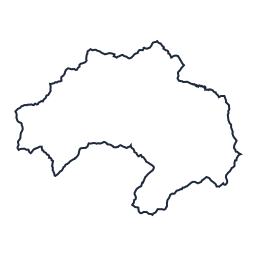 Ba Che, Quảng Ninh, Vietnam
{"feature_id": "81297802B18420716282175", "entity_name": "Ba Che", "entity_type": "district", "adm_level": 2, "iso_a3": "VNM", "parent_name": "Vietnam", "parent_adm1": "Quảng Ninh", "projection": "robinson", "projection_center": [107.168, 21.26], "detail": "fine", "context": "isolated", "style": "outline", "palette": "slate", "viewbox_px": 256, "rotation_deg": 0, "n_neighbors": 0, "source": "geoboundaries", "source_scale": "gbopen_adm2", "svg_char_len": 5757}
<svg xmlns="http://www.w3.org/2000/svg" viewBox="0 0 256 256"><path d="M178.1,56.2L177.8,56.3L177.2,55.8L176.2,55.6L174.6,55.7L172.9,56.4L171.5,57.6L171.2,57.6L171.2,57.3L169.8,54.4L169.2,53.7L168.3,53.5L168.2,51.4L167.0,50.5L165.8,50.2L165.3,49.8L163.5,48.8L163.4,48.6L163.9,47.4L163.7,46.9L162.7,46.4L160.6,43.5L159.5,43.3L158.7,42.9L157.1,41.1L156.0,42.0L154.2,42.2L152.9,42.7L151.9,44.3L151.5,45.5L149.7,47.8L148.7,48.0L147.1,48.7L145.6,48.4L144.1,47.7L143.6,47.9L143.5,48.9L142.8,50.2L139.4,50.0L137.9,51.9L137.7,53.0L135.8,53.5L134.3,54.4L132.7,56.4L130.8,58.0L129.0,58.4L128.5,58.2L126.3,56.6L124.1,56.1L122.7,54.9L121.6,55.1L118.8,56.4L117.9,56.7L116.7,57.6L115.7,57.0L113.7,56.3L114.6,54.4L114.5,54.2L113.6,54.2L112.1,53.5L109.4,53.1L105.0,54.3L103.6,53.6L102.8,53.4L101.9,52.8L101.3,52.6L99.8,51.4L97.0,50.6L96.3,50.0L95.7,49.8L93.9,49.9L92.6,50.3L90.5,49.2L88.9,50.5L87.8,51.1L87.6,51.4L87.4,52.4L87.4,53.7L87.0,54.1L86.6,55.4L86.2,59.2L86.6,60.4L86.3,61.1L85.2,62.2L84.5,62.6L81.8,63.5L80.8,63.7L80.5,63.9L79.4,65.0L79.6,66.6L78.7,67.2L77.8,68.0L77.0,69.7L75.5,69.9L74.7,69.2L74.0,68.9L71.8,69.3L69.0,68.5L67.9,68.4L65.7,70.2L65.5,71.2L64.9,72.1L64.8,73.6L64.3,74.1L63.5,75.5L61.4,77.0L61.2,78.3L61.5,80.5L61.4,80.9L60.5,81.3L58.3,81.5L56.9,82.5L55.8,82.2L55.3,82.3L54.0,83.2L50.8,84.0L50.1,83.9L50.7,86.6L50.4,89.6L50.7,90.8L48.4,94.8L47.9,95.2L46.5,95.5L45.7,97.9L43.7,99.6L42.9,101.4L41.6,101.0L39.6,102.2L39.0,102.4L38.4,103.0L37.9,104.1L37.5,104.4L36.8,104.4L35.1,103.6L34.5,104.1L33.8,105.1L32.8,105.0L31.4,104.4L29.8,104.7L28.2,104.6L27.1,105.2L25.2,105.0L24.1,105.2L23.3,105.7L21.4,106.3L20.2,107.8L17.9,108.9L15.4,111.4L15.4,111.7L16.1,112.7L16.5,113.8L16.7,116.0L16.3,117.6L16.9,118.8L17.4,120.7L18.1,121.5L19.3,122.4L20.7,122.6L21.7,123.8L21.7,125.1L22.4,126.6L22.7,128.6L22.7,129.4L22.2,130.3L22.1,130.9L21.5,131.8L20.7,133.6L20.3,138.4L18.0,141.6L18.0,142.4L18.6,144.8L18.5,145.4L17.5,147.4L17.6,148.2L18.7,149.9L20.5,148.9L24.6,148.7L26.4,149.8L28.3,149.6L28.6,149.8L28.9,151.2L29.4,152.1L30.7,153.2L31.4,152.5L33.3,149.9L34.6,148.8L35.5,148.8L36.4,148.1L37.7,147.9L38.5,147.3L39.7,146.7L41.7,146.7L41.9,148.5L42.3,150.3L43.3,150.5L43.8,151.7L44.0,151.9L45.9,152.8L47.1,154.7L48.0,154.9L48.7,155.3L49.3,156.5L49.0,157.7L50.7,158.0L51.6,159.4L51.6,160.2L51.7,160.5L52.4,160.6L53.0,160.9L52.7,163.0L52.3,164.3L52.5,165.0L52.0,166.1L52.9,167.7L52.6,170.0L53.2,170.8L53.6,172.1L54.1,173.0L54.6,175.5L55.3,175.9L57.9,174.1L60.3,171.3L61.2,171.0L62.2,170.0L63.6,167.1L64.8,166.4L65.6,164.6L67.4,164.0L68.1,163.2L68.9,162.8L69.9,161.5L73.3,159.3L74.6,159.0L75.1,158.0L75.8,157.8L77.0,156.6L78.5,154.5L79.5,149.8L80.4,148.5L81.7,148.1L85.8,147.9L86.2,147.3L87.4,146.7L88.7,143.4L90.5,143.6L93.5,143.0L95.9,143.3L96.5,143.7L98.6,143.2L99.9,143.6L101.7,143.1L104.0,141.9L104.8,142.1L105.6,142.6L106.4,143.0L107.0,143.6L107.1,144.1L107.5,144.4L108.1,144.3L110.7,144.8L111.6,145.5L112.8,146.0L113.5,147.1L115.9,147.4L116.7,146.9L118.0,147.0L118.7,146.2L120.1,145.3L120.7,145.2L123.3,146.7L124.5,147.0L126.5,148.0L127.6,147.6L128.0,147.1L129.7,146.6L130.4,146.0L130.8,145.4L130.9,146.3L131.4,147.6L131.9,148.1L133.2,148.9L133.7,149.5L134.3,151.1L134.4,152.1L136.4,153.1L137.0,154.5L138.4,156.3L138.9,156.3L140.3,155.1L141.1,155.0L142.0,157.1L142.9,157.0L143.7,157.6L145.5,160.1L146.1,161.5L146.6,162.0L148.4,162.7L150.1,164.1L151.2,164.6L153.3,166.3L153.9,167.3L153.8,168.1L152.8,170.2L149.9,172.4L147.3,174.8L146.3,176.2L145.3,177.0L143.0,182.6L142.4,182.4L142.2,182.5L141.2,186.2L140.7,186.5L139.6,186.8L137.0,188.7L136.0,190.0L134.6,192.9L134.5,193.9L135.7,196.5L135.9,197.5L135.9,198.2L135.5,199.3L134.2,200.0L133.9,202.4L133.5,203.2L132.3,204.5L132.3,205.1L132.6,205.4L133.5,205.6L134.7,206.8L135.8,207.2L137.9,207.4L138.4,207.7L138.5,210.2L138.8,211.2L139.6,212.5L140.8,213.2L142.0,213.0L143.5,212.0L146.4,212.0L147.1,212.3L148.6,213.8L151.1,214.0L152.4,214.9L153.6,213.3L155.2,212.7L155.9,212.1L157.6,209.2L162.3,209.2L163.6,209.7L164.7,209.5L165.6,208.7L166.3,207.0L166.9,206.6L167.0,205.1L166.9,203.3L167.4,200.2L169.1,197.9L170.4,194.6L171.1,194.4L172.3,193.6L173.9,193.8L174.5,193.6L176.6,190.7L178.8,190.2L180.6,189.1L181.9,189.2L182.5,187.7L184.0,187.7L185.9,186.5L186.8,186.4L191.6,182.4L193.0,181.9L195.0,181.9L197.8,183.3L200.8,182.1L201.2,181.9L202.0,180.3L202.6,180.1L206.5,177.0L208.8,177.9L209.7,178.6L210.9,180.4L214.3,182.9L215.7,184.2L216.6,186.5L218.6,186.4L219.2,186.7L223.3,183.3L223.8,184.3L224.2,184.6L224.9,184.8L225.6,184.6L227.0,182.9L227.2,182.2L227.1,180.4L225.9,177.5L226.1,175.3L228.8,172.0L229.6,171.6L231.2,169.1L231.6,168.1L233.1,167.3L234.5,166.0L234.6,165.4L234.4,163.2L235.0,160.6L235.2,160.3L236.4,160.3L236.7,158.2L238.2,155.7L239.4,154.6L240.6,154.2L238.5,153.0L237.1,151.7L235.8,151.6L235.5,150.9L235.2,149.4L234.4,148.7L234.0,147.8L234.3,145.3L236.6,140.7L233.9,137.2L233.0,135.5L232.4,133.1L232.7,132.3L232.7,131.6L231.1,127.5L231.1,124.8L230.7,124.2L229.7,123.3L228.5,120.4L227.9,116.1L227.8,114.5L228.5,113.3L228.3,110.9L229.3,109.5L228.9,105.0L225.9,102.2L226.1,100.8L224.4,96.0L221.0,96.0L218.9,97.2L218.1,95.5L216.1,93.6L215.7,92.4L214.6,92.3L213.6,91.5L213.0,90.6L211.2,89.6L210.4,89.7L209.9,89.3L209.6,89.3L209.1,89.4L208.6,90.0L207.7,89.6L206.9,89.8L206.0,89.6L205.2,89.7L205.3,89.0L204.7,88.2L205.3,88.1L205.5,87.7L205.2,86.9L204.5,86.4L202.6,86.7L201.7,85.8L201.4,85.9L201.2,86.3L200.7,86.3L200.2,86.0L199.6,85.4L199.3,85.4L198.7,85.6L198.2,86.7L197.6,86.2L196.9,86.3L196.8,85.4L196.5,85.0L196.2,85.0L195.4,85.5L194.6,84.2L193.8,84.2L193.2,84.5L192.9,84.1L191.2,83.8L187.4,81.8L183.2,82.0L182.3,81.3L179.0,80.8L177.5,78.3L178.5,75.9L178.0,73.7L178.0,72.9L178.1,72.1L180.0,70.3L181.4,68.0L184.0,65.2L183.9,65.0L182.7,64.0L178.1,56.2Z" fill="none" stroke="#1e293b" stroke-width="2"/></svg>